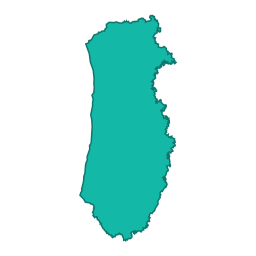 the district of Phu Kamyao, Phayao, Thailand
{"feature_id": "78962969B43873675128191", "entity_name": "Phu Kamyao", "entity_type": "district", "adm_level": 2, "iso_a3": "THA", "parent_name": "Thailand", "parent_adm1": "Phayao", "projection": "robinson", "projection_center": [99.99, 19.32], "detail": "fine", "context": "isolated", "style": "filled", "palette": "teal", "viewbox_px": 256, "rotation_deg": 0, "n_neighbors": 0, "source": "geoboundaries", "source_scale": "gbopen_adm2", "svg_char_len": 5849}
<svg xmlns="http://www.w3.org/2000/svg" viewBox="0 0 256 256"><path d="M157.8,22.7L157.4,20.8L156.8,21.0L157.0,20.5L156.0,20.6L155.7,19.6L154.6,19.7L155.1,18.9L154.3,17.7L154.4,16.6L153.1,16.7L152.9,15.7L152.0,15.4L151.2,16.0L150.4,15.7L149.7,17.1L149.9,17.8L151.3,18.8L150.9,20.0L150.2,20.7L147.4,21.3L146.7,21.8L146.1,21.4L145.5,21.9L145.5,20.7L145.0,19.8L144.0,19.5L143.1,18.4L142.5,18.7L141.8,18.2L138.3,19.5L138.1,21.3L135.8,21.4L135.0,21.9L134.6,21.4L133.4,21.6L132.1,22.1L131.2,23.2L129.3,22.8L128.4,21.4L126.3,21.9L126.2,21.2L125.8,21.8L124.5,21.8L124.3,21.3L123.5,22.5L122.8,22.4L122.6,23.0L121.8,23.1L119.8,23.1L116.2,21.9L114.3,22.6L109.3,22.3L107.0,23.8L106.2,25.0L106.8,27.4L105.1,29.0L104.6,31.0L102.0,31.1L100.1,32.6L98.7,32.2L97.9,33.9L94.0,35.0L91.4,40.0L90.2,40.1L90.1,40.9L88.9,40.7L88.6,42.9L85.8,43.9L89.3,53.7L90.4,62.2L93.2,70.0L94.1,78.0L93.9,83.9L94.3,86.8L93.8,92.7L92.0,95.1L93.2,99.4L92.6,102.4L92.6,105.9L90.8,114.8L91.8,120.1L92.2,126.7L91.2,142.4L90.8,143.8L89.6,145.5L89.7,149.3L87.1,156.7L87.3,160.3L86.3,162.2L85.6,164.9L84.9,173.4L83.9,176.1L83.5,181.6L81.6,189.4L82.1,190.5L80.7,192.9L80.0,195.3L83.7,199.1L85.4,202.2L90.2,203.0L90.6,203.9L92.6,204.3L93.2,204.9L94.3,206.7L93.7,207.5L94.1,208.6L93.5,209.0L93.5,210.7L92.6,212.4L93.1,212.7L93.6,214.8L93.0,215.6L94.7,217.5L94.9,217.0L96.4,216.8L96.5,217.3L97.3,217.4L97.1,219.0L99.3,221.1L100.0,222.6L100.5,222.6L100.8,223.5L100.4,223.9L101.3,224.0L101.0,224.4L103.0,228.5L104.0,229.0L104.2,229.8L105.6,231.3L106.7,231.5L106.8,231.9L106.3,231.6L106.1,232.0L107.0,232.7L106.8,233.3L108.2,233.3L108.7,234.6L109.7,234.5L110.3,235.1L111.1,235.1L111.1,235.9L112.1,235.8L112.2,237.4L112.7,237.6L113.5,236.8L115.2,236.6L115.6,235.2L116.4,234.9L116.5,234.5L117.9,234.7L119.2,233.2L119.8,233.6L120.1,234.5L121.0,234.2L122.1,234.9L123.7,238.7L123.7,240.3L125.0,239.9L125.6,240.6L126.0,239.5L127.3,240.0L128.3,238.4L129.9,238.7L131.2,238.0L131.9,237.0L131.9,235.3L130.9,233.0L132.2,231.6L133.5,231.5L133.5,233.3L134.5,234.0L135.5,232.8L135.0,232.0L135.0,230.9L135.8,231.3L136.0,232.2L136.5,232.6L137.4,231.1L140.0,230.9L141.0,231.9L142.3,230.2L143.7,229.8L143.2,228.0L145.3,228.3L145.9,227.3L146.8,227.6L147.1,226.8L146.0,225.8L146.7,225.4L147.6,225.9L148.0,225.7L148.1,225.1L146.6,223.2L147.7,221.2L148.9,221.6L149.5,221.2L149.0,219.4L150.0,217.5L148.5,217.0L149.4,215.8L149.6,214.3L151.0,213.0L152.1,213.4L153.4,211.5L154.4,211.0L155.6,207.7L158.0,204.1L157.9,201.5L158.2,200.3L160.2,197.5L159.9,195.6L160.8,194.8L160.0,193.7L160.3,192.4L161.3,191.2L162.3,191.5L163.9,188.5L165.8,187.2L165.4,186.3L166.4,186.1L167.0,184.4L166.5,182.7L165.4,182.5L165.6,181.3L164.8,181.0L165.0,180.3L165.7,180.1L165.8,179.4L163.7,179.7L163.8,179.0L164.8,178.4L165.6,178.8L165.6,178.3L165.0,177.5L163.1,178.2L162.9,177.7L163.3,176.9L165.1,176.1L166.0,174.6L166.7,171.5L167.7,171.2L168.3,170.2L166.7,166.1L169.2,165.4L170.0,166.5L170.5,165.6L169.7,163.2L169.8,161.5L169.2,158.5L167.5,158.6L167.1,158.2L167.6,157.3L169.4,157.0L169.6,156.1L168.8,155.3L168.0,155.9L167.1,155.8L166.9,155.1L167.4,154.1L169.1,154.6L169.1,153.8L168.0,152.9L168.6,152.2L169.9,152.1L170.8,152.9L171.3,151.6L172.8,151.3L172.8,150.6L171.1,148.4L172.2,147.5L173.4,147.5L173.4,146.2L175.0,146.0L175.2,145.5L174.5,143.6L173.1,142.9L173.6,142.2L175.1,142.2L174.9,140.9L174.3,140.5L174.6,138.9L171.7,137.5L171.8,136.2L171.1,136.4L170.7,137.6L170.0,136.8L168.9,137.3L168.0,135.5L168.2,134.5L167.0,135.4L165.8,134.1L165.0,133.8L165.0,133.4L166.6,132.2L166.2,131.5L166.6,130.4L165.4,129.9L165.9,128.6L167.0,128.5L166.7,126.8L167.7,126.8L168.5,126.1L168.6,124.2L168.0,123.9L167.4,124.3L167.4,124.0L168.6,122.8L169.3,122.8L169.2,122.4L168.1,122.7L167.8,122.3L168.2,121.4L169.3,121.3L169.2,120.1L168.3,119.7L168.7,118.5L166.5,119.3L166.8,117.6L167.4,118.0L167.6,117.4L166.2,116.0L165.2,116.1L165.2,117.9L163.7,118.4L163.3,116.6L163.6,115.8L162.5,115.0L161.9,113.6L162.2,110.8L161.0,110.9L160.8,110.5L162.0,109.5L163.4,111.0L164.2,110.8L164.7,109.2L163.7,108.1L165.6,108.1L165.8,107.1L165.3,106.6L166.3,106.2L166.1,105.2L165.4,104.8L164.0,105.2L162.4,103.7L160.9,101.9L161.2,100.8L160.7,99.7L159.3,100.4L159.4,101.4L159.0,101.7L157.3,101.2L157.0,101.5L157.1,103.1L155.9,103.0L155.9,100.9L157.1,99.9L157.2,99.4L155.1,98.0L155.2,96.5L154.1,95.2L155.0,94.4L154.7,93.0L154.2,92.6L155.3,91.5L156.4,91.3L156.5,90.3L154.8,87.9L153.5,90.2L153.1,89.6L153.7,88.1L153.3,88.2L152.3,89.3L151.4,88.7L152.1,87.9L152.6,88.3L153.0,88.0L152.9,86.2L152.0,85.8L152.0,85.4L152.4,85.0L153.2,85.3L153.7,83.7L152.5,82.1L151.6,81.6L152.2,81.2L153.4,81.7L152.9,80.2L155.5,78.2L155.2,75.5L154.1,75.6L154.2,74.7L155.6,74.1L154.8,73.4L155.1,72.9L156.1,73.1L156.9,72.6L157.5,73.4L158.0,72.7L157.1,71.7L157.6,71.0L157.1,70.2L157.0,69.0L155.8,69.2L155.3,69.0L155.3,68.6L156.5,67.6L157.1,67.8L157.3,67.2L158.2,68.2L159.0,67.5L159.8,68.1L160.5,66.9L159.5,66.2L161.2,66.9L161.5,66.3L161.3,65.9L160.3,65.6L161.2,64.6L163.1,64.8L163.4,65.5L164.6,64.7L164.5,62.5L162.2,63.4L161.7,62.9L162.6,61.8L163.6,61.9L163.6,61.2L164.2,60.5L164.9,61.8L165.7,61.3L166.1,61.9L166.7,61.9L166.0,62.8L166.1,63.2L166.9,63.2L167.8,62.4L167.7,63.4L168.1,63.8L169.6,63.7L170.1,63.1L170.8,64.2L172.0,63.7L172.3,62.3L172.0,61.1L173.3,61.6L173.4,62.3L174.7,63.7L176.0,62.4L174.7,61.7L174.8,60.7L174.0,60.0L174.0,58.7L172.8,58.5L171.5,57.7L171.8,56.4L171.4,55.6L172.0,54.2L171.7,53.3L171.1,53.6L170.8,54.4L169.7,53.0L168.0,54.1L168.3,52.9L167.6,52.5L168.1,51.6L167.0,51.0L166.2,49.7L166.4,48.7L165.3,47.4L163.9,46.5L162.7,47.5L161.3,47.7L158.3,47.1L158.4,44.1L155.4,43.3L156.0,42.1L155.1,41.8L155.0,39.0L154.3,38.5L155.2,38.4L155.5,37.9L154.5,37.7L153.2,36.6L154.0,35.6L154.4,34.2L155.0,34.2L155.2,33.4L156.9,33.0L157.2,31.9L156.8,30.7L157.4,30.1L157.4,29.2L159.0,31.8L159.8,32.0L160.5,31.4L160.5,28.0L158.3,27.8L158.6,23.7L157.8,22.7Z" fill="#14b8a6" stroke="#0f766e" stroke-width="1.5"/></svg>